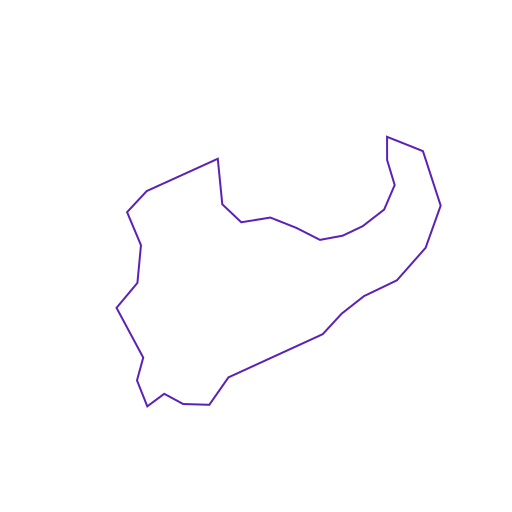 outline of Tbilisi, rotated 308°
{"feature_id": "GEO-3036", "entity_name": "Tbilisi", "entity_type": "Independent City", "adm_level": 1, "iso_a3": "GEO", "parent_name": "Georgia", "parent_adm1": "", "projection": "orthographic", "projection_center": [44.846, 41.71], "detail": "fine", "context": "isolated", "style": "outline", "palette": "violet", "viewbox_px": 512, "rotation_deg": 308, "n_neighbors": 0, "source": "natural_earth", "source_scale": "10m", "svg_char_len": 546}
<svg xmlns="http://www.w3.org/2000/svg" viewBox="0 0 512 512"><g transform="rotate(308 256 256)"><path d="M211.2,127.4L239.9,129.9L309.1,166.0L276.0,197.6L273.5,223.6L295.1,243.6L302.9,270.1L308.1,296.5L325.4,311.8L345.2,321.7L371.5,328.4L397.3,321.6L412.3,300.3L430.6,285.9L441.4,323.0L409.4,370.5L366.9,384.6L323.6,382.0L290.9,365.8L263.4,359.0L235.5,356.7L143.4,309.0L110.0,310.8L94.5,289.7L90.9,268.5L70.6,262.9L84.7,238.8L106.5,229.7L129.3,178.0L161.8,179.1L193.7,158.7L211.2,127.4Z" fill="none" stroke="#5b21b6" stroke-width="2"/></g></svg>